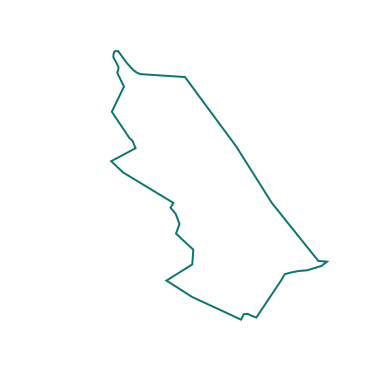 outline of Cerro Corá, Rio Grande do Norte, Brazil, rotated 309°
{"feature_id": "56859067B25241393300529", "entity_name": "Cerro Corá", "entity_type": "district", "adm_level": 2, "iso_a3": "BRA", "parent_name": "Brazil", "parent_adm1": "Rio Grande do Norte", "projection": "equal_earth", "projection_center": [-36.335, -5.976], "detail": "fine", "context": "isolated", "style": "outline", "palette": "teal", "viewbox_px": 384, "rotation_deg": 309, "n_neighbors": 0, "source": "geoboundaries", "source_scale": "gbopen_adm2", "svg_char_len": 858}
<svg xmlns="http://www.w3.org/2000/svg" viewBox="0 0 384 384"><g transform="rotate(309 192 192)"><path d="M110.5,258.3L121.3,300.9L122.5,305.8L123.7,310.5L129.6,309.1L132.4,312.1L133.2,316.0L135.0,321.0L179.4,316.9L183.9,316.2L186.7,315.9L192.4,320.1L197.7,324.6L203.7,330.8L216.1,339.2L222.8,340.7L217.9,333.6L233.7,261.0L253.7,202.2L255.2,197.8L270.4,139.1L274.8,122.5L276.9,114.2L251.0,77.5L249.9,73.1L249.9,68.8L250.5,64.9L251.2,60.6L252.8,54.3L255.0,45.9L252.7,43.3L250.5,43.8L247.1,46.2L245.4,50.7L242.7,56.4L240.4,57.9L237.7,58.8L231.1,72.8L203.9,79.2L194.6,109.2L194.3,113.6L192.9,116.2L190.5,120.6L165.1,109.8L163.8,126.0L171.8,184.4L166.3,185.2L164.7,193.2L161.8,198.1L159.3,202.4L149.6,205.8L149.3,210.7L149.0,213.6L148.0,229.3L135.9,237.8L122.5,233.2L107.1,227.9L110.0,253.9L110.5,258.3Z" fill="none" stroke="#0f766e" stroke-width="2"/></g></svg>